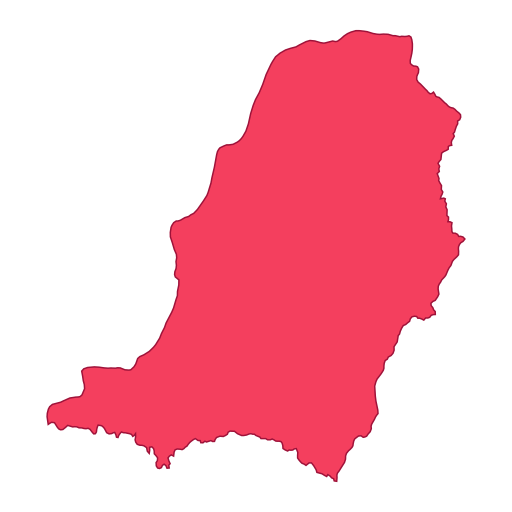 outline of Santa Vitória, Minas Gerais, Brazil
{"feature_id": "56859067B64714034582916", "entity_name": "Santa Vitória", "entity_type": "district", "adm_level": 2, "iso_a3": "BRA", "parent_name": "Brazil", "parent_adm1": "Minas Gerais", "projection": "equal_earth", "projection_center": [-50.287, -18.979], "detail": "fine", "context": "isolated", "style": "filled", "palette": "rose", "viewbox_px": 512, "rotation_deg": 0, "n_neighbors": 0, "source": "geoboundaries", "source_scale": "gbopen_adm2", "svg_char_len": 6013}
<svg xmlns="http://www.w3.org/2000/svg" viewBox="0 0 512 512"><path d="M334.2,480.9L336.7,481.3L337.0,477.7L336.9,474.8L337.6,472.8L338.8,471.4L344.5,462.4L345.5,459.2L345.6,455.9L346.5,453.3L348.5,450.8L350.3,449.2L352.0,447.4L352.9,445.8L353.2,443.5L353.8,440.8L354.8,438.8L358.5,436.0L361.1,435.8L363.2,437.3L364.8,437.0L366.6,436.2L368.1,434.0L370.2,431.7L371.3,428.7L371.1,426.2L371.7,424.1L374.4,419.4L375.6,416.8L376.8,415.0L378.0,413.6L377.8,410.1L375.9,401.0L375.3,396.1L374.7,386.1L375.9,381.7L377.1,379.0L380.8,374.2L382.0,372.4L383.3,370.3L383.9,368.3L383.9,366.1L384.2,363.3L385.2,360.5L387.3,359.2L388.3,357.0L391.1,355.5L393.0,353.3L394.1,350.2L394.0,346.7L397.2,341.9L398.2,335.6L399.5,334.1L400.3,331.2L401.7,328.1L403.3,325.5L405.7,324.5L407.6,322.8L409.6,321.3L410.3,318.8L412.0,316.8L414.5,316.2L416.7,316.5L417.8,318.2L419.6,318.2L421.7,319.0L423.8,320.1L425.6,318.0L427.8,318.0L429.7,317.3L431.2,315.3L433.3,314.6L435.3,314.5L435.2,311.5L433.6,309.8L432.8,307.6L431.2,305.7L430.9,303.3L432.9,301.4L435.2,300.4L437.7,296.7L438.9,294.1L438.1,288.9L438.3,286.2L439.2,284.1L440.5,282.3L441.7,279.9L444.8,276.6L445.9,275.0L447.9,270.2L449.2,267.7L450.9,265.5L452.4,261.4L453.9,259.5L456.8,256.8L458.5,254.8L458.6,251.3L458.4,248.9L458.5,246.8L459.4,244.6L460.7,242.8L463.0,241.4L464.9,239.0L463.0,237.0L460.6,236.3L458.7,236.4L457.6,234.4L455.2,233.2L453.0,233.2L451.9,231.6L451.8,229.0L451.5,225.9L452.0,222.7L450.1,221.8L447.9,221.7L448.5,219.7L448.5,217.1L446.9,215.6L447.1,209.7L445.8,206.9L446.4,203.8L444.8,201.2L445.3,198.8L443.8,198.1L440.4,198.8L441.0,196.3L442.1,194.2L442.8,192.0L441.3,189.5L441.5,185.6L439.8,182.8L438.7,180.6L439.0,178.5L437.2,173.6L439.3,171.5L438.8,168.9L439.6,166.3L438.0,163.3L439.4,161.2L440.9,159.5L441.6,153.2L443.5,151.7L446.5,150.3L448.2,149.3L448.3,146.5L449.7,145.6L451.7,145.3L451.3,142.6L451.8,140.4L453.0,138.7L454.3,136.2L453.2,133.6L454.5,132.1L455.3,129.4L456.4,126.2L457.7,123.8L457.6,121.0L459.7,119.7L460.7,117.2L460.5,114.7L459.0,113.0L456.6,111.1L455.0,109.4L453.2,108.1L451.2,107.7L449.6,107.1L448.0,105.9L446.3,104.0L444.6,102.7L440.8,98.9L439.0,97.4L437.3,97.0L435.9,96.4L434.7,94.0L433.5,92.1L432.0,93.4L430.1,93.8L428.2,92.3L426.9,90.6L425.4,89.2L420.5,84.1L418.1,82.1L416.7,79.6L416.8,76.5L417.5,74.6L418.4,72.7L418.7,69.1L417.5,66.8L415.9,66.2L413.5,66.0L411.4,64.6L410.3,63.3L410.2,60.5L411.2,56.1L411.8,53.3L412.3,49.5L412.4,46.4L412.4,43.8L411.8,39.7L410.9,37.0L409.0,35.8L407.1,36.3L404.8,36.5L401.7,36.3L399.8,36.7L395.3,35.7L393.0,35.7L388.1,34.3L383.4,34.1L379.6,34.4L376.9,34.2L373.0,33.5L367.2,31.7L363.9,31.2L359.4,30.7L355.8,30.7L350.9,32.1L347.4,33.7L344.0,36.0L340.9,38.8L337.4,41.3L335.4,41.6L332.7,41.0L324.9,43.0L323.4,43.1L320.3,42.6L314.9,41.0L310.0,40.5L306.1,41.6L299.5,44.9L296.0,46.9L290.3,48.4L285.5,50.0L280.1,53.1L275.6,56.8L272.7,61.3L271.0,64.3L266.2,74.4L262.7,84.5L259.2,92.8L255.5,99.6L253.2,105.4L250.7,113.5L248.4,123.9L245.9,131.2L243.0,136.3L241.4,138.5L239.4,140.6L237.4,142.1L233.1,144.3L229.0,144.9L226.6,144.9L224.0,145.9L220.0,147.8L218.8,149.2L217.5,151.5L216.7,154.5L214.4,167.2L211.9,178.0L211.0,183.0L208.1,192.5L206.9,195.5L203.4,201.0L197.5,209.4L193.7,213.4L191.0,214.7L188.6,216.5L184.9,217.6L180.3,220.3L178.0,221.0L176.2,221.0L173.7,222.7L172.0,225.3L171.1,227.3L170.3,232.4L170.4,236.9L172.3,242.6L174.3,249.4L176.4,254.3L176.7,257.8L176.0,261.6L176.4,265.3L176.1,268.4L174.9,271.7L174.6,274.5L175.3,276.9L178.9,279.9L178.8,285.0L177.5,291.4L177.4,295.7L176.0,299.7L173.6,307.9L171.8,312.1L166.1,323.0L164.5,327.6L161.5,333.5L159.7,338.1L155.7,344.6L153.6,347.2L149.3,351.4L143.9,354.8L139.8,356.6L137.7,358.5L135.8,363.9L134.0,366.8L130.8,369.8L128.9,370.1L124.9,369.8L120.2,367.9L117.5,367.8L115.4,368.2L110.8,368.0L108.1,368.2L104.1,367.9L99.2,367.2L94.3,366.9L87.6,367.5L83.8,368.8L81.7,371.1L82.7,376.5L83.3,380.7L84.3,384.5L84.6,388.7L82.0,394.9L80.1,396.6L78.2,397.0L75.9,397.1L69.9,398.0L63.8,400.7L60.7,402.2L52.4,404.4L49.7,406.7L48.4,409.1L47.3,413.3L47.1,416.8L48.2,424.4L49.6,423.4L51.6,422.3L54.5,422.7L57.6,427.6L59.1,429.2L60.7,429.8L62.9,429.5L65.5,427.4L67.7,425.4L72.7,426.9L74.5,426.7L76.7,426.8L79.0,427.8L81.9,427.9L84.0,428.5L86.0,428.7L88.1,428.3L90.0,429.3L92.6,432.7L93.8,433.9L95.4,433.7L96.4,432.0L96.7,429.4L97.2,427.4L98.1,425.1L101.6,425.7L103.1,426.9L104.4,428.4L106.7,432.7L109.1,433.9L111.6,433.6L113.2,432.8L114.7,432.4L115.9,434.8L116.5,437.2L118.0,437.5L118.7,435.5L120.0,433.5L121.4,432.0L123.3,432.7L125.4,432.8L129.6,433.7L131.5,434.4L132.8,436.4L134.3,435.3L135.5,433.7L135.6,436.9L135.1,439.8L135.7,442.1L137.2,444.3L139.7,445.2L142.0,445.3L143.9,445.8L146.6,447.6L147.3,451.2L149.2,453.4L149.7,450.4L149.6,447.3L151.8,446.8L153.6,448.6L154.2,451.0L154.3,453.8L155.8,455.4L157.6,457.8L157.4,460.6L156.1,462.6L156.3,465.9L157.6,468.0L159.5,468.5L161.4,467.6L162.4,465.4L164.1,464.2L165.9,465.6L167.0,468.2L169.2,468.0L168.8,465.2L170.1,463.7L168.8,460.7L168.0,457.9L169.4,456.1L171.3,454.9L173.6,456.1L174.1,452.1L175.1,449.8L177.2,449.0L180.1,449.2L182.1,449.6L183.8,448.7L185.2,447.2L187.0,446.1L188.1,444.4L189.7,442.5L191.2,441.2L193.4,439.6L195.3,438.6L198.1,440.5L200.2,440.6L200.8,442.7L203.0,442.8L204.9,441.2L206.5,442.0L210.9,440.6L212.7,441.5L214.5,441.4L215.1,439.6L216.5,437.5L219.9,436.2L223.3,436.5L225.6,435.4L227.4,434.2L228.1,432.2L230.0,431.1L234.5,431.3L237.5,433.7L241.6,435.5L243.7,435.5L246.6,435.0L249.0,434.0L250.8,433.7L252.8,434.2L254.4,434.2L255.8,435.4L259.9,437.1L261.0,438.6L265.7,438.6L267.6,439.8L270.3,439.8L272.2,439.0L274.2,440.0L275.6,441.0L277.2,441.2L279.2,441.2L281.0,441.6L282.1,443.1L282.8,445.6L283.0,448.5L285.1,449.9L287.6,451.0L289.2,450.0L290.9,450.2L292.8,450.0L294.3,448.9L296.3,448.6L297.8,452.5L297.6,455.3L297.6,458.0L298.9,459.9L300.4,461.7L301.9,463.2L304.3,464.2L306.0,465.4L309.1,462.9L311.5,462.9L313.7,465.7L316.1,469.7L316.9,472.4L322.1,473.8L324.4,475.3L326.7,476.5L327.8,474.6L330.0,476.0L331.7,477.9L333.6,478.7L334.2,480.9Z" fill="#f43f5e" stroke="#9f1239" stroke-width="1.5"/></svg>